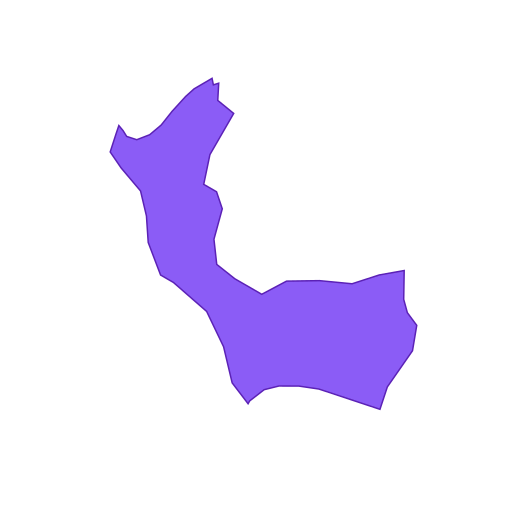 SVG path tracing the border of Debar, rotated 210°
{"feature_id": "MKD-2952", "entity_name": "Debar", "entity_type": "Statistical Region", "adm_level": 1, "iso_a3": "MKD", "parent_name": "North Macedonia", "parent_adm1": "", "projection": "natural_earth1", "projection_center": [20.605, 41.506], "detail": "fine", "context": "isolated", "style": "filled", "palette": "violet", "viewbox_px": 512, "rotation_deg": 210, "n_neighbors": 0, "source": "natural_earth", "source_scale": "10m", "svg_char_len": 790}
<svg xmlns="http://www.w3.org/2000/svg" viewBox="0 0 512 512"><g transform="rotate(210 256 256)"><path d="M120.4,317.5L106.4,292.3L96.6,282.6L82.1,276.3L73.1,252.2L76.8,208.3L72.0,185.2L135.1,172.2L153.8,164.8L171.1,154.9L182.1,144.3L189.0,127.4L189.0,124.1L213.2,134.2L238.7,161.2L271.0,183.3L314.3,191.8L329.1,191.8L356.1,213.8L370.9,235.9L388.5,254.6L416.8,264.8L434.3,273.2L438.3,291.9L440.0,300.4L433.8,298.1L427.8,294.9L417.4,297.1L408.7,307.9L403.6,322.0L401.0,339.4L396.7,359.0L393.2,369.8L382.9,387.9L378.5,382.9L374.7,387.0L366.9,371.6L346.6,368.3L346.6,346.2L346.6,320.8L337.1,291.9L322.3,291.9L308.8,280.0L300.8,249.5L285.8,229.1L263.0,225.7L231.9,225.7L217.0,249.5L188.7,266.4L158.9,280.0L139.8,301.2L120.4,317.5Z" fill="#8b5cf6" stroke="#5b21b6" stroke-width="1.5"/></g></svg>